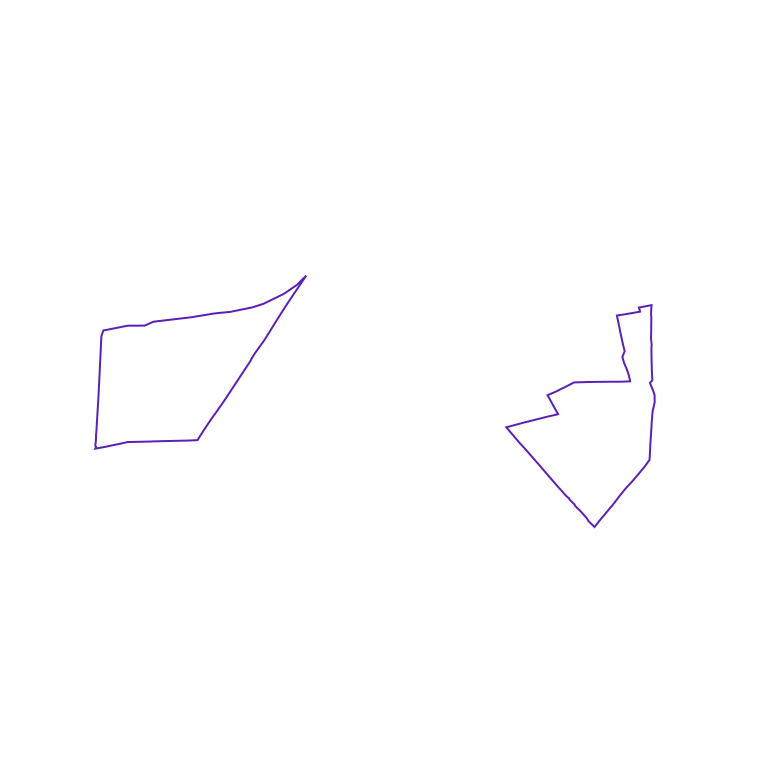 Rafael Lara Grajales, Puebla, Mexico (Robinson projection), rotated 304°
{"feature_id": "50627088B86596089339193", "entity_name": "Rafael Lara Grajales", "entity_type": "district", "adm_level": 2, "iso_a3": "MEX", "parent_name": "Mexico", "parent_adm1": "Puebla", "projection": "robinson", "projection_center": [-97.812, 19.247], "detail": "fine", "context": "isolated", "style": "outline", "palette": "violet", "viewbox_px": 768, "rotation_deg": 304, "n_neighbors": 0, "source": "geoboundaries", "source_scale": "gbopen_adm2", "svg_char_len": 2159}
<svg xmlns="http://www.w3.org/2000/svg" viewBox="0 0 768 768"><g transform="rotate(304 384 384)"><path d="M271.4,121.4L265.7,122.9L238.0,139.7L237.7,139.9L212.1,155.4L198.5,163.4L185.7,171.0L180.5,173.9L178.1,175.5L175.4,177.1L172.8,178.4L171.5,179.1L170.9,180.3L170.3,180.6L169.7,180.7L169.0,180.8L175.9,187.9L189.7,201.3L192.6,204.0L193.9,205.9L205.6,222.4L205.8,222.6L212.2,231.5L217.5,239.0L223.0,246.8L228.7,254.8L232.8,260.3L233.2,260.8L235.7,260.7L242.2,260.5L250.2,260.4L259.1,260.4L263.2,260.5L263.6,260.6L281.9,260.9L328.9,260.4L329.3,260.2L334.1,259.9L337.2,259.8L340.3,259.9L350.7,260.2L353.2,260.3L358.9,260.1L374.3,259.5L391.8,259.0L397.8,258.9L406.4,258.9L414.8,258.9L421.1,258.9L427.0,258.9L430.4,258.9L417.5,256.4L402.8,250.6L383.2,239.3L374.0,232.1L358.0,216.4L352.5,209.8L352.0,209.1L347.7,204.0L331.1,186.4L306.7,158.0L298.5,152.9L296.8,150.3L295.9,149.0L289.0,138.9L271.4,121.4ZM599.0,561.7L589.9,552.6L587.2,555.9L581.7,550.2L576.2,544.4L571.0,538.8L567.7,542.2L562.1,548.0L559.4,550.6L556.7,553.5L555.0,555.2L551.2,559.2L545.7,565.2L540.3,566.4L539.6,566.6L535.8,571.2L533.3,575.0L531.9,577.2L528.3,581.9L526.9,583.4L525.0,585.5L523.9,586.4L523.8,586.5L519.0,580.0L513.2,571.5L504.8,559.3L499.0,551.0L491.5,540.6L482.3,535.6L478.7,533.5L473.4,530.5L470.6,528.7L466.2,525.8L456.3,545.2L454.9,543.9L447.6,537.1L434.2,525.1L430.9,522.1L416.5,509.6L411.1,529.0L410.8,530.1L409.4,536.2L405.9,549.4L405.4,551.4L404.7,553.8L403.8,557.6L401.9,564.3L399.8,571.9L396.1,585.6L392.9,598.5L392.8,600.0L392.9,600.8L392.8,601.2L392.2,602.0L391.7,603.8L390.7,609.1L389.7,611.1L389.3,613.3L389.1,614.5L388.4,618.4L386.0,627.5L385.6,628.4L384.8,629.7L384.2,632.6L383.2,638.5L392.2,639.2L412.4,641.3L422.7,641.9L432.2,642.7L441.7,644.2L450.8,645.2L460.1,646.2L469.6,646.6L479.9,640.4L481.9,639.1L485.4,637.1L496.0,630.9L497.8,629.9L502.1,627.2L505.9,625.2L509.0,623.3L511.0,622.3L512.9,621.4L517.0,619.9L520.2,618.6L526.1,614.5L529.1,610.7L533.6,603.9L537.1,604.4L545.4,598.2L555.5,591.0L563.5,585.5L565.6,584.4L571.1,579.9L577.8,575.6L584.4,571.2L588.4,568.6L591.1,566.4L595.0,564.0L599.0,561.7Z" fill="none" stroke="#5b21b6" stroke-width="2"/></g></svg>